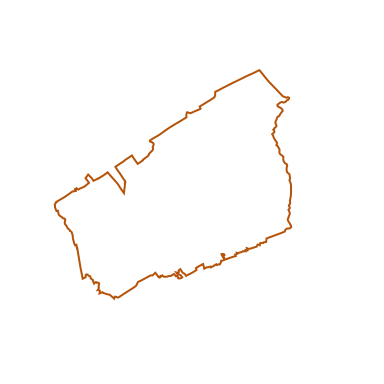 Temoac, Morelos, Mexico (orthographic projection), rotated 129°
{"feature_id": "50627088B73739880826437", "entity_name": "Temoac", "entity_type": "district", "adm_level": 2, "iso_a3": "MEX", "parent_name": "Mexico", "parent_adm1": "Morelos", "projection": "orthographic", "projection_center": [-98.785, 18.76], "detail": "fine", "context": "isolated", "style": "outline", "palette": "amber", "viewbox_px": 384, "rotation_deg": 129, "n_neighbors": 0, "source": "geoboundaries", "source_scale": "gbopen_adm2", "svg_char_len": 5984}
<svg xmlns="http://www.w3.org/2000/svg" viewBox="0 0 384 384"><g transform="rotate(129 192 192)"><path d="M54.9,216.3L61.3,219.3L67.6,222.5L73.1,225.0L80.7,228.6L90.5,233.0L92.1,233.7L96.5,235.5L99.5,237.0L101.1,235.7L102.4,234.9L104.0,234.2L106.7,234.9L109.7,235.9L114.2,237.5L120.7,239.8L121.9,237.8L122.5,237.9L122.8,238.1L128.0,240.9L131.7,242.7L133.0,245.9L133.3,246.0L134.3,245.6L135.9,244.8L137.4,243.3L145.2,246.0L149.3,247.6L155.3,249.7L157.4,250.4L162.7,251.9L166.9,253.0L169.3,253.8L174.4,255.8L177.8,257.0L178.4,257.1L178.9,256.8L179.2,256.5L179.2,256.0L178.8,255.3L178.5,254.4L178.4,253.3L178.7,252.2L179.5,251.5L181.0,251.1L182.3,250.5L182.7,249.5L184.4,248.9L187.7,249.3L189.2,249.4L190.4,249.0L191.5,248.8L196.9,250.2L198.0,250.4L198.4,250.1L202.1,251.2L204.3,251.9L203.3,255.7L203.2,255.9L202.4,258.9L201.4,261.7L207.7,263.6L208.3,263.9L211.9,264.6L214.7,265.6L220.6,267.4L221.3,265.5L222.5,261.5L222.9,259.8L223.5,257.9L224.3,255.7L225.6,251.0L226.5,249.9L226.8,250.2L227.2,249.9L227.9,249.2L230.1,247.7L232.6,246.2L233.6,245.5L235.7,244.2L235.3,245.6L234.7,247.9L234.2,249.5L232.5,254.5L231.9,257.6L230.9,263.8L230.4,266.9L230.0,269.0L229.8,270.0L231.9,270.4L232.5,270.7L234.6,271.2L238.2,272.5L239.6,272.8L240.6,273.3L240.6,273.6L240.8,273.6L241.2,273.7L242.9,274.5L245.3,275.6L244.3,278.9L243.8,283.7L248.3,283.4L248.8,281.0L249.7,277.8L255.0,278.9L257.2,279.8L259.9,281.3L260.7,281.6L261.5,281.7L261.7,282.3L261.9,283.2L261.7,284.1L263.5,284.7L263.7,283.3L264.3,282.9L266.8,285.2L276.0,287.8L285.1,291.2L285.2,290.9L287.1,291.0L288.3,290.6L289.1,289.7L290.2,288.7L291.0,287.3L292.1,285.3L290.9,284.4L292.8,282.2L293.6,280.8L293.6,278.7L293.4,276.9L293.7,275.9L293.4,275.1L293.2,274.9L292.9,274.4L292.9,273.6L293.4,272.9L294.4,272.6L295.3,271.9L296.1,271.5L296.5,270.9L296.9,270.4L297.2,268.3L297.7,267.3L298.1,266.6L298.5,265.4L298.4,264.9L298.5,264.1L298.4,263.4L299.1,262.2L298.9,261.7L298.8,260.9L299.0,260.1L299.9,258.8L300.4,258.1L300.9,257.2L301.8,256.6L302.7,255.7L304.1,253.9L304.7,253.1L305.1,252.4L306.0,251.4L307.0,249.2L305.8,248.6L308.1,246.0L307.8,245.9L320.3,231.8L322.0,229.8L323.9,227.5L328.2,222.4L327.3,222.0L326.7,221.9L325.3,221.0L323.4,222.4L322.5,222.2L322.1,221.5L321.9,221.1L322.1,220.8L322.1,220.5L322.1,220.1L322.0,218.9L321.6,218.4L321.9,217.8L322.1,217.1L322.6,216.7L322.9,216.1L322.9,214.6L322.7,214.0L322.8,213.6L323.0,213.2L323.6,212.8L323.9,212.1L324.8,210.4L324.3,210.4L323.6,210.2L323.0,210.3L322.6,210.1L322.3,209.7L322.4,208.7L321.7,208.2L321.4,207.4L321.8,206.3L322.4,206.0L324.1,205.3L324.8,204.3L325.6,204.0L325.9,203.7L326.6,203.7L326.9,203.4L327.5,203.4L327.2,203.1L326.9,202.8L326.6,201.7L327.4,201.0L328.1,200.4L328.6,200.3L329.1,200.0L328.6,199.7L327.3,199.3L326.8,198.6L326.2,198.4L326.3,197.6L326.1,196.9L324.5,192.8L323.6,191.3L323.8,185.4L322.5,186.0L321.7,186.0L320.7,183.1L318.8,182.3L315.8,181.4L311.7,180.1L304.0,177.5L300.1,176.4L298.0,176.9L296.0,177.3L295.4,177.1L292.8,175.8L282.9,171.7L281.6,170.1L277.9,169.7L278.7,165.9L279.2,165.1L279.0,164.0L278.8,163.2L277.5,163.0L277.5,163.7L277.0,163.7L276.7,163.4L276.0,162.5L275.4,162.4L275.7,161.3L275.5,160.5L274.6,159.2L273.6,158.3L273.4,158.1L271.5,156.8L270.9,156.3L270.6,155.6L267.0,154.4L267.6,151.7L267.1,151.5L266.9,150.5L266.8,150.1L267.2,149.6L267.4,149.2L267.1,149.2L267.4,147.7L266.2,146.5L264.9,146.0L264.4,145.9L264.0,147.5L263.8,148.4L264.4,150.4L265.0,150.8L264.8,152.3L264.4,153.6L264.0,152.8L264.3,152.4L264.2,152.0L264.3,151.5L264.3,151.4L262.5,151.8L261.3,153.0L259.3,152.5L260.0,150.5L260.1,150.0L260.4,149.1L260.6,148.4L260.6,148.1L260.2,146.2L260.9,143.8L258.3,142.8L258.3,142.7L258.2,142.6L254.4,141.0L249.9,139.4L248.7,141.0L247.1,140.4L247.0,140.6L243.6,139.2L241.9,138.3L241.8,138.5L241.0,138.0L243.9,134.2L241.2,133.2L240.6,132.3L240.1,131.9L238.4,130.8L238.7,129.8L238.0,129.5L237.5,129.5L236.1,128.6L235.5,128.7L235.2,128.5L233.0,127.7L233.4,127.0L233.1,126.7L230.8,125.4L230.8,124.9L229.7,125.0L228.4,125.3L227.8,125.6L227.5,125.9L227.3,126.1L227.1,126.1L226.9,126.0L226.3,125.2L224.5,124.2L224.0,124.0L223.0,127.4L221.8,129.9L220.9,129.2L220.2,128.2L220.7,127.0L222.2,127.3L223.7,123.8L222.9,123.2L222.2,122.9L221.4,122.2L220.7,122.0L216.5,119.3L214.2,117.7L213.4,119.1L211.8,118.1L211.2,118.8L211.1,118.3L210.8,117.9L210.7,118.0L207.9,116.0L206.1,115.0L205.9,115.1L204.4,113.0L203.4,113.9L202.5,112.0L202.3,112.0L201.5,113.5L201.1,114.0L200.6,112.3L199.4,111.1L193.8,107.4L191.5,107.9L191.1,107.0L190.7,105.8L188.9,106.8L188.2,106.3L186.6,104.4L185.9,104.6L184.2,103.0L181.1,104.8L176.9,102.3L173.4,100.2L167.3,96.6L164.3,95.0L162.7,95.7L160.7,95.2L158.9,93.2L156.9,92.8L155.7,94.0L155.5,95.2L155.0,96.1L154.7,96.9L154.5,97.8L154.1,98.7L153.3,100.1L152.4,100.7L151.3,100.7L150.3,101.4L149.3,101.6L147.6,102.2L146.3,103.4L145.6,104.9L145.0,105.9L143.1,105.8L142.3,106.5L142.0,107.9L140.9,108.4L139.9,108.2L138.6,108.9L137.7,109.8L137.1,110.5L135.9,111.1L134.7,111.7L133.4,112.4L131.3,113.8L128.5,115.9L127.5,116.9L125.7,118.2L124.1,119.7L123.1,120.9L121.5,123.7L119.7,124.3L118.0,126.2L117.2,127.0L116.9,127.5L116.9,128.2L116.8,130.3L116.1,131.5L115.5,132.2L113.7,133.7L111.8,134.5L111.1,135.1L110.8,135.8L111.0,137.4L111.0,138.1L110.6,139.7L109.5,141.4L107.0,143.3L107.0,147.8L106.3,149.0L104.8,150.0L104.1,150.6L103.5,151.5L103.0,152.8L102.5,154.0L102.4,156.0L101.1,156.3L100.1,157.2L99.0,161.0L98.3,162.8L97.3,164.1L96.6,166.1L93.9,165.6L93.0,166.2L92.4,167.8L92.1,167.5L91.6,167.7L91.0,168.1L90.4,168.1L89.7,167.9L87.8,167.8L87.4,168.1L86.8,168.7L86.1,170.4L84.8,171.4L83.2,171.7L82.1,172.0L81.6,172.3L80.6,172.7L79.6,172.8L78.8,172.3L77.7,172.0L76.4,172.4L73.8,172.6L72.0,172.5L71.6,172.9L71.0,173.8L70.8,176.1L71.1,176.9L71.5,179.3L70.7,180.4L69.9,180.4L68.8,180.2L67.0,179.7L65.3,178.7L64.9,177.1L63.3,176.1L62.2,176.0L61.3,175.9L59.8,175.3L58.3,175.4L57.7,175.9L58.0,177.2L59.2,177.8L60.4,181.5L60.3,182.9L59.4,189.5L57.9,201.7L56.9,207.0L55.7,212.1L54.9,216.3Z" fill="none" stroke="#b45309" stroke-width="2"/></g></svg>